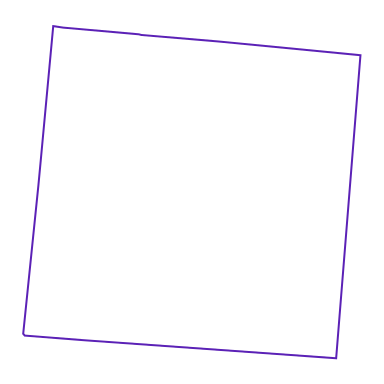 Wise, Texas, United States of America, rotated 184°
{"feature_id": "52423323B38394143035791", "entity_name": "Wise", "entity_type": "district", "adm_level": 2, "iso_a3": "USA", "parent_name": "United States of America", "parent_adm1": "Texas", "projection": "albers", "projection_center": [-97.568, 33.212], "detail": "fine", "context": "isolated", "style": "outline", "palette": "violet", "viewbox_px": 384, "rotation_deg": 184, "n_neighbors": 0, "source": "geoboundaries", "source_scale": "gbopen_adm2", "svg_char_len": 314}
<svg xmlns="http://www.w3.org/2000/svg" viewBox="0 0 384 384"><g transform="rotate(184 192 192)"><path d="M36.6,36.2L33.5,340.2L176.2,344.0L253.4,345.1L256.0,345.6L331.9,347.0L342.0,347.8L345.1,212.4L345.7,187.5L350.5,38.8L348.8,37.1L289.5,36.6L36.6,36.2Z" fill="none" stroke="#5b21b6" stroke-width="2"/></g></svg>